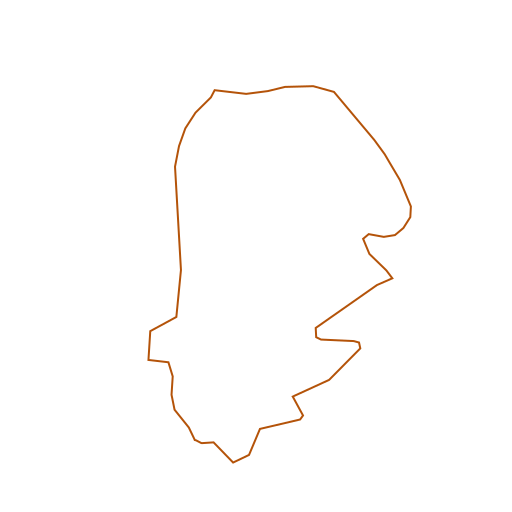 SVG path tracing the border of North Somerset, rotated 320°
{"feature_id": "GBR-2045", "entity_name": "North Somerset", "entity_type": "Unitary Authority", "adm_level": 1, "iso_a3": "GBR", "parent_name": "United Kingdom", "parent_adm1": "", "projection": "mercator", "projection_center": [-2.807, 51.391], "detail": "fine", "context": "isolated", "style": "outline", "palette": "amber", "viewbox_px": 512, "rotation_deg": 320, "n_neighbors": 0, "source": "natural_earth", "source_scale": "10m", "svg_char_len": 854}
<svg xmlns="http://www.w3.org/2000/svg" viewBox="0 0 512 512"><g transform="rotate(320 256 256)"><path d="M90.8,357.6L90.9,357.4L94.3,344.2L94.8,321.4L102.1,308.0L114.8,294.7L120.6,281.1L106.8,266.5L126.7,245.6L155.8,251.5L189.5,218.5L251.4,135.5L267.7,122.3L283.9,112.8L301.8,107.3L323.4,105.5L330.9,102.4L337.2,109.1L352.7,125.5L371.1,137.3L386.9,145.1L409.0,162.7L421.2,180.4L421.2,200.0L421.2,217.6L421.2,243.2L420.0,260.8L418.5,269.6L415.1,290.2L406.5,317.6L399.2,325.4L386.9,329.3L375.9,329.3L366.2,323.5L356.4,311.7L349.1,311.7L344.2,327.3L346.6,350.8L346.1,360.7L330.0,356.0L255.5,349.5L249.9,356.9L252.1,361.8L276.2,384.0L279.3,388.5L276.5,393.8L232.4,397.9L193.8,387.3L189.5,408.4L184.7,409.6L147.9,391.0L122.8,403.9L105.7,399.5L103.7,371.5L94.3,364.6L93.8,364.0L91.6,358.7L90.8,357.6Z" fill="none" stroke="#b45309" stroke-width="2"/></g></svg>